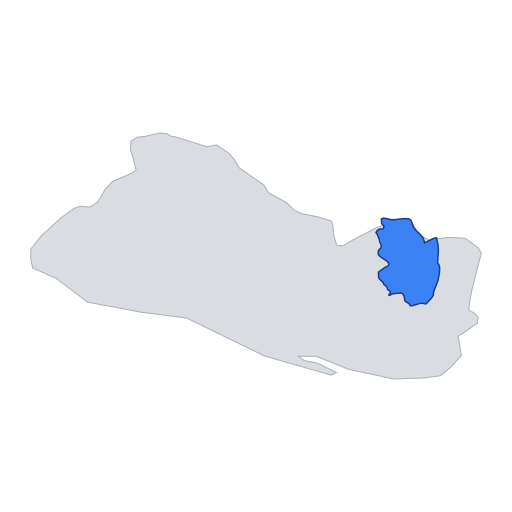 Morazán on a map of El Salvador (Mercator projection)
{"feature_id": "SLV-1351", "entity_name": "Morazán", "entity_type": "Department", "adm_level": 1, "iso_a3": "SLV", "parent_name": "El Salvador", "parent_adm1": "", "projection": "mercator", "projection_center": [-88.158, 13.767], "detail": "fine", "context": "in_parent", "style": "filled", "palette": "blue", "viewbox_px": 512, "rotation_deg": 0, "n_neighbors": 0, "source": "natural_earth", "source_scale": "10m", "svg_char_len": 2703}
<svg xmlns="http://www.w3.org/2000/svg" viewBox="0 0 512 512"><path d="M170.8,136.0L175.6,136.9L207.1,146.8L216.4,144.9L228.4,152.9L234.1,159.1L239.1,167.7L264.0,185.1L268.2,192.6L286.8,202.8L294.3,210.6L302.2,213.8L317.7,216.8L331.0,220.9L332.6,223.8L333.8,235.4L336.7,245.2L343.0,245.8L350.6,241.1L375.6,228.0L399.2,219.3L412.5,224.5L420.3,235.4L429.3,240.2L448.0,237.3L464.9,238.2L478.2,247.7L481.3,253.2L473.1,284.8L470.2,298.3L468.7,309.7L473.5,312.7L478.2,317.2L477.2,323.3L462.6,333.4L458.1,336.0L461.4,355.5L450.6,367.3L440.7,375.7L423.2,378.0L393.6,379.0L349.0,369.4L316.1,356.3L298.4,356.2L304.0,360.5L318.0,363.3L336.4,372.5L331.1,375.1L264.2,355.9L186.8,318.1L140.5,312.1L87.6,302.2L56.2,278.4L32.7,268.0L30.7,259.0L30.9,248.9L41.6,235.5L61.5,217.4L74.7,208.0L80.8,206.2L89.6,207.1L97.9,201.9L105.1,189.4L112.6,181.4L131.7,173.2L136.0,170.0L134.5,163.0L130.4,149.4L131.0,141.0L137.3,137.2L144.8,136.4L160.2,133.0L166.9,133.7L170.8,136.0Z" fill="#d9dde1" stroke="#a8b0b8" stroke-width="1"/><path d="M383.3,218.2L386.2,218.5L386.6,218.6L391.2,219.7L394.2,219.7L404.0,218.6L409.0,218.8L411.1,220.6L413.9,227.9L416.6,231.1L420.1,234.3L423.2,238.0L424.7,242.8L433.3,238.5L436.2,237.7L436.6,237.8L437.2,241.6L438.0,244.8L438.4,250.3L437.6,262.1L437.6,262.7L437.8,263.2L438.0,263.6L438.8,264.7L439.1,265.2L439.3,265.6L439.4,266.1L439.6,267.3L439.6,271.0L439.0,275.5L437.9,280.7L433.6,291.9L433.2,295.5L431.9,297.6L426.0,303.9L422.0,303.2L420.0,303.4L412.6,305.6L411.2,305.8L410.3,305.6L410.0,305.3L409.7,304.8L409.6,304.4L409.1,303.9L408.5,303.3L405.7,301.6L405.3,301.3L405.0,300.9L404.8,300.5L404.3,297.0L404.0,296.0L403.3,294.7L402.5,293.7L401.8,293.2L401.1,293.0L393.8,293.6L392.7,293.8L391.7,294.2L390.2,295.1L389.2,295.4L388.9,295.2L388.9,294.8L389.1,294.4L390.2,292.9L390.4,292.4L390.4,291.9L390.1,291.4L389.7,291.0L388.4,290.1L387.9,289.8L387.6,289.4L387.5,289.0L387.3,288.4L387.2,287.8L386.8,287.1L386.1,286.2L384.4,284.9L383.7,284.2L383.3,283.0L382.7,282.0L380.3,279.9L379.3,278.8L378.7,277.9L378.4,273.0L378.5,272.5L378.7,272.0L379.0,271.7L385.2,267.2L386.0,266.8L387.5,266.2L387.9,266.0L388.3,265.7L388.6,265.3L388.7,264.7L388.7,264.0L388.4,262.8L387.9,262.1L387.5,261.6L380.3,256.7L379.3,255.8L378.6,255.0L378.4,254.6L378.3,254.0L378.2,252.2L378.4,251.1L378.5,250.7L378.6,250.4L378.8,250.0L379.4,249.3L379.7,249.0L380.1,248.7L380.5,248.4L380.8,248.0L381.0,247.6L381.2,247.1L381.3,246.5L381.2,245.3L380.6,243.7L379.9,242.3L379.6,241.4L379.5,240.8L379.2,239.2L377.0,234.0L376.0,232.6L376.7,231.2L377.9,229.9L380.2,228.9L381.9,229.2L383.1,228.9L384.0,226.2L383.6,225.7L382.0,224.1L381.6,223.4L381.4,219.6L381.5,218.9L383.3,218.2Z" fill="#3b82f6" stroke="#1e3a8a" stroke-width="1.5"/></svg>